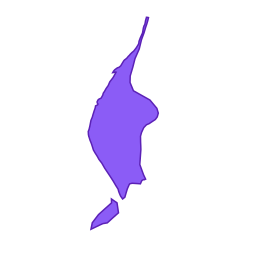 Al Waqf, Qina, Egypt (Equal Earth projection), rotated 299°
{"feature_id": "37247803B80470796626605", "entity_name": "Al Waqf", "entity_type": "district", "adm_level": 2, "iso_a3": "EGY", "parent_name": "Egypt", "parent_adm1": "Qina", "projection": "equal_earth", "projection_center": [32.474, 26.086], "detail": "fine", "context": "isolated", "style": "filled", "palette": "violet", "viewbox_px": 256, "rotation_deg": 299, "n_neighbors": 0, "source": "geoboundaries", "source_scale": "gbopen_adm2", "svg_char_len": 2108}
<svg xmlns="http://www.w3.org/2000/svg" viewBox="0 0 256 256"><g transform="rotate(299 128 128)"><path d="M233.8,90.5L233.6,90.6L233.4,90.6L232.4,90.8L231.7,91.0L230.3,91.3L228.7,91.9L227.4,92.3L226.7,92.5L226.2,92.5L225.8,92.5L225.0,92.5L224.2,92.7L223.5,92.8L222.8,93.0L221.6,93.4L220.5,93.8L220.3,93.9L219.6,94.1L218.5,94.5L217.7,94.7L217.3,94.7L216.9,94.7L215.8,94.8L214.8,94.9L213.7,95.0L213.4,95.0L212.5,95.1L211.2,95.3L210.5,95.4L209.8,95.5L208.9,95.7L208.5,95.9L207.7,96.2L207.1,96.4L206.5,96.5L206.2,96.5L205.0,96.5L204.9,96.5L201.8,96.3L198.0,95.7L196.0,94.9L193.6,94.2L191.9,93.9L191.2,93.6L188.5,93.1L186.7,92.4L186.0,92.0L184.6,91.7L181.8,91.6L178.8,91.5L176.9,90.8L175.4,89.5L172.6,88.2L170.7,87.8L169.0,87.8L169.7,88.7L170.7,89.6L171.0,90.5L169.3,90.5L169.2,90.5L164.9,90.5L159.6,89.7L155.4,90.1L152.0,89.7L148.7,89.7L146.5,89.5L146.4,89.5L144.5,90.0L143.0,90.0L142.9,90.0L141.2,90.0L140.4,89.5L139.2,88.6L138.2,88.2L136.9,88.2L135.8,88.3L134.9,89.1L134.4,90.1L133.5,90.2L131.6,88.9L131.1,89.1L129.6,89.6L126.1,90.2L122.3,91.0L120.3,91.5L116.7,91.9L111.2,93.7L108.0,94.6L105.7,94.9L103.0,96.6L101.5,97.9L101.3,98.2L98.9,100.7L97.0,103.1L94.9,105.4L92.0,108.4L90.2,111.4L88.3,114.9L86.4,117.9L84.6,122.1L81.5,127.2L77.4,135.2L74.4,140.8L71.9,145.0L69.7,149.0L67.9,150.7L66.0,153.0L64.8,154.6L63.3,157.7L65.9,158.8L66.0,158.8L70.3,157.8L74.5,156.9L78.8,156.5L79.9,156.5L81.6,158.3L82.2,159.5L84.0,163.3L85.2,165.9L87.3,165.7L88.9,165.6L90.6,166.8L90.7,167.4L91.8,168.2L94.6,164.3L101.8,156.0L107.0,153.6L115.4,149.7L118.6,147.8L121.7,145.9L126.9,142.9L130.7,142.0L136.0,141.6L139.8,142.6L142.1,144.4L143.3,145.0L144.3,145.5L148.7,147.8L151.9,148.2L155.7,147.3L159.2,143.7L163.1,133.6L163.2,114.7L168.8,107.7L174.6,104.7L183.6,102.7L192.0,100.5L202.6,99.5L211.7,97.0L218.9,95.9L222.5,95.1L224.8,94.6L227.1,94.2L228.1,94.0L231.3,93.3L234.5,92.4L234.4,91.8L234.1,91.2L233.8,90.5ZM41.3,158.0L49.2,160.8L57.2,154.7L57.9,147.9L54.5,149.9L50.5,148.5L46.5,147.1L38.0,144.2L27.8,142.7L21.5,144.7L29.4,150.3L32.2,152.4L35.0,155.9L41.3,158.0Z" fill="#8b5cf6" stroke="#5b21b6" stroke-width="1.5"/></g></svg>